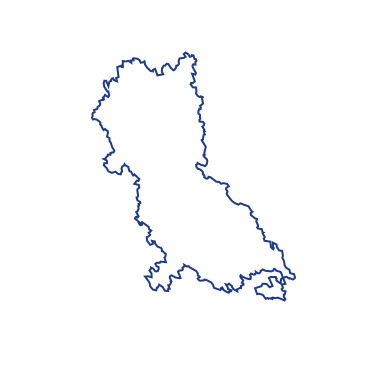 Ballybay-Clones Lea-5, Monaghan, Ireland (Equal Earth projection), rotated 226°
{"feature_id": "5873133B63636578816304", "entity_name": "Ballybay-Clones Lea-5", "entity_type": "district", "adm_level": 2, "iso_a3": "IRL", "parent_name": "Ireland", "parent_adm1": "Monaghan", "projection": "equal_earth", "projection_center": [-7.062, 54.133], "detail": "fine", "context": "isolated", "style": "outline", "palette": "blue", "viewbox_px": 384, "rotation_deg": 226, "n_neighbors": 0, "source": "geoboundaries", "source_scale": "gbopen_adm2", "svg_char_len": 6045}
<svg xmlns="http://www.w3.org/2000/svg" viewBox="0 0 384 384"><g transform="rotate(226 192 192)"><path d="M319.0,178.6L317.1,177.3L317.7,175.5L317.4,174.8L315.5,173.1L315.1,171.9L313.9,171.3L313.0,171.1L312.2,172.5L310.1,173.8L307.1,174.3L305.6,174.4L304.4,172.9L302.4,173.0L301.4,172.1L297.9,171.5L297.7,173.3L295.7,173.2L294.6,173.8L293.2,172.9L290.8,169.3L288.1,170.0L285.7,168.0L284.0,167.9L279.8,165.8L275.6,164.8L275.0,163.0L276.2,161.7L276.0,161.2L276.7,160.4L275.5,159.1L277.4,157.4L276.4,156.1L276.7,154.9L276.2,152.9L277.0,151.5L273.8,152.6L271.8,150.8L273.6,148.8L272.6,147.2L268.3,147.2L265.1,146.2L261.4,147.6L259.8,151.0L256.3,151.4L254.2,153.0L255.4,155.0L255.3,156.1L257.8,157.5L258.8,159.5L258.3,161.1L258.8,162.8L257.8,162.5L254.3,163.6L251.2,161.7L250.2,161.5L249.1,162.3L244.8,161.1L244.3,161.7L244.6,162.8L237.9,163.1L237.2,161.2L238.5,160.3L237.9,156.2L234.1,158.6L231.7,157.0L231.9,155.0L231.1,153.7L226.7,150.6L226.1,148.8L226.5,148.3L224.1,147.0L220.8,147.7L220.0,147.2L220.5,145.2L219.0,144.6L219.3,143.5L217.1,142.1L216.1,139.7L216.3,137.9L211.6,136.7L211.4,135.2L212.6,135.0L213.1,134.1L212.6,132.5L209.1,133.0L205.9,132.0L206.3,132.8L203.6,132.2L203.2,133.3L205.0,134.4L205.0,135.2L197.1,136.6L194.7,135.2L192.6,135.9L192.4,134.0L192.8,132.7L190.2,132.1L190.3,129.6L191.0,128.1L188.2,125.9L183.0,125.2L181.9,127.6L182.9,128.7L184.6,129.3L182.2,130.9L181.1,129.8L176.7,129.2L173.3,130.9L171.5,130.4L170.5,129.3L169.7,129.8L165.5,130.0L163.9,127.8L164.0,126.7L159.6,124.5L163.8,121.0L163.4,119.7L165.6,117.4L165.8,115.8L163.5,114.9L161.2,115.8L159.8,114.6L158.8,112.3L160.4,110.5L163.8,110.9L166.2,109.9L165.1,108.5L165.0,106.8L161.6,106.4L158.7,103.7L161.6,102.1L163.8,99.5L158.2,98.8L155.2,97.9L153.2,96.4L148.9,96.1L146.1,98.0L147.6,100.3L147.1,100.7L147.3,102.0L148.2,104.0L144.0,104.9L139.9,103.9L137.3,106.1L139.0,107.8L138.0,108.8L141.3,110.2L140.7,110.7L140.8,112.4L141.8,114.5L142.5,114.6L142.3,115.3L145.9,116.5L146.5,117.4L146.7,118.5L146.2,119.4L141.9,120.8L138.6,123.1L138.1,124.1L144.4,126.6L144.4,128.3L142.7,130.2L142.6,131.6L144.2,132.6L143.8,135.1L145.0,135.8L142.0,136.6L140.9,138.1L139.8,137.9L132.3,140.1L129.5,139.7L128.1,138.3L125.5,138.6L125.8,136.0L123.8,135.7L122.7,136.1L120.2,139.0L120.4,140.1L118.6,141.3L113.6,143.0L110.8,142.7L107.7,141.3L102.0,144.2L102.3,145.2L101.5,145.8L102.7,146.5L102.5,147.4L98.9,146.7L94.5,148.1L94.0,148.8L94.6,149.3L93.4,151.3L93.9,152.1L97.1,150.5L98.4,151.4L101.9,152.2L100.5,153.1L100.4,154.9L96.4,155.3L95.7,154.7L93.1,154.4L89.1,155.6L90.6,156.8L89.8,159.5L88.9,160.6L90.4,161.9L89.5,164.6L90.5,165.4L92.1,164.8L92.9,167.5L96.5,167.5L98.1,168.4L98.3,169.3L95.9,169.5L91.9,171.2L89.6,172.5L89.7,173.1L88.8,173.6L90.1,175.5L92.1,176.1L92.3,177.9L89.5,179.0L89.0,180.2L89.4,180.4L89.2,181.8L90.2,182.5L87.7,182.9L86.7,184.1L86.8,185.4L87.7,186.7L87.2,187.3L87.2,188.9L84.2,190.2L80.0,193.7L79.0,195.8L79.8,197.6L78.7,198.2L77.0,197.9L73.0,200.2L69.9,199.2L67.3,197.9L67.5,195.6L64.6,192.2L69.7,191.2L71.0,192.8L71.7,192.5L72.6,193.2L76.2,189.6L76.8,187.6L68.4,184.7L69.6,181.7L74.0,181.8L77.0,179.0L76.0,176.5L79.0,170.6L73.3,167.9L72.5,169.3L68.9,171.5L64.0,170.8L63.4,172.5L62.2,172.8L62.3,173.3L60.2,174.9L60.4,175.4L59.2,175.6L59.8,176.9L57.7,178.3L56.3,180.4L49.7,183.3L50.1,184.8L52.7,185.2L54.5,186.8L53.9,187.6L55.6,190.3L58.2,188.6L59.9,189.0L59.9,190.8L63.1,192.5L61.1,195.4L66.4,197.6L66.1,200.0L65.2,201.2L62.2,201.8L62.1,202.5L59.3,203.6L58.7,204.3L58.7,206.5L62.0,208.4L65.4,206.2L68.4,208.1L72.2,207.1L74.9,207.7L78.2,210.1L82.0,211.4L83.2,213.3L87.0,215.9L89.4,214.1L93.4,214.8L95.5,216.3L99.3,215.0L97.0,212.7L94.8,211.8L94.3,210.7L95.0,210.5L97.6,210.5L101.8,213.9L106.5,210.3L108.6,211.3L109.0,213.0L113.1,214.1L113.1,215.0L113.6,214.6L116.9,216.4L120.0,214.0L121.3,214.3L121.4,215.5L122.3,216.4L126.2,217.8L127.4,220.0L129.3,219.0L134.4,218.4L136.1,219.5L135.7,221.7L137.0,221.5L142.5,222.7L150.3,218.8L150.6,216.7L154.0,215.1L158.1,214.5L166.4,215.5L167.8,218.0L170.3,218.3L171.2,219.5L170.5,222.4L173.4,222.9L176.6,220.7L177.7,218.6L180.2,218.6L182.6,216.6L189.8,215.6L191.5,214.4L190.8,213.5L191.1,212.1L192.1,211.4L194.3,211.1L194.7,212.1L196.5,212.5L197.2,212.1L198.6,213.6L200.4,213.8L203.2,213.3L204.4,212.3L207.3,212.7L208.6,213.8L208.4,215.3L209.0,216.2L204.9,217.4L203.5,218.6L201.6,219.2L201.6,221.5L203.5,224.4L204.9,225.3L210.0,225.4L210.6,225.8L210.0,227.1L211.5,227.9L214.9,233.3L222.6,235.0L222.2,236.2L224.7,239.6L225.1,240.5L224.6,241.1L227.0,242.6L226.8,243.3L228.1,243.4L228.4,244.2L231.9,244.9L231.6,246.5L232.5,248.3L234.8,248.5L237.5,246.4L238.8,247.5L238.9,248.9L240.4,249.6L241.0,250.6L241.9,251.3L244.0,251.1L245.5,252.4L246.7,255.0L245.7,255.6L245.9,256.0L246.7,257.1L248.4,257.7L247.9,261.3L252.4,264.3L252.7,265.6L254.7,264.8L254.6,263.9L255.4,263.3L257.7,262.9L260.0,263.3L261.7,265.5L264.4,267.5L266.7,265.3L270.5,265.8L271.0,267.1L269.8,268.1L269.6,270.9L277.0,274.2L274.2,275.9L274.8,277.4L281.6,279.4L282.6,280.2L283.0,281.7L281.2,282.9L283.4,285.0L283.2,286.2L284.9,287.1L286.2,286.3L289.1,287.9L290.4,287.1L289.9,286.4L290.7,284.4L293.5,285.0L296.7,284.3L297.0,282.0L293.7,281.3L294.2,279.3L296.7,275.8L295.4,273.3L293.2,271.6L292.9,269.3L293.8,268.5L292.3,266.3L292.1,263.8L292.5,263.2L296.1,262.9L300.4,263.9L301.9,262.8L301.5,260.7L302.6,259.4L301.8,257.6L301.9,256.5L299.4,253.8L296.7,253.1L299.9,248.1L306.2,251.0L307.0,249.0L305.9,247.6L307.9,246.3L312.2,246.1L316.4,246.8L319.0,248.6L319.3,246.9L320.6,244.9L323.6,245.9L325.7,245.3L328.7,243.0L329.0,242.2L327.3,241.4L329.1,239.3L327.2,238.1L330.5,237.3L332.1,234.8L334.3,233.2L329.9,229.1L330.8,228.2L332.0,228.9L333.8,225.0L325.7,219.0L326.7,216.7L323.7,214.9L326.7,213.6L328.6,214.3L329.1,213.3L329.0,211.9L328.0,211.1L328.8,209.3L326.2,205.4L331.6,207.5L332.9,206.3L331.7,204.1L328.8,202.1L323.2,200.9L322.4,201.7L318.8,199.3L318.5,197.7L322.3,196.8L321.6,195.2L321.8,193.6L319.7,193.0L319.8,192.0L320.6,191.6L321.9,188.3L319.0,187.2L318.3,185.4L318.8,183.3L317.6,181.6L319.0,178.6Z" fill="none" stroke="#1e3a8a" stroke-width="2"/></g></svg>